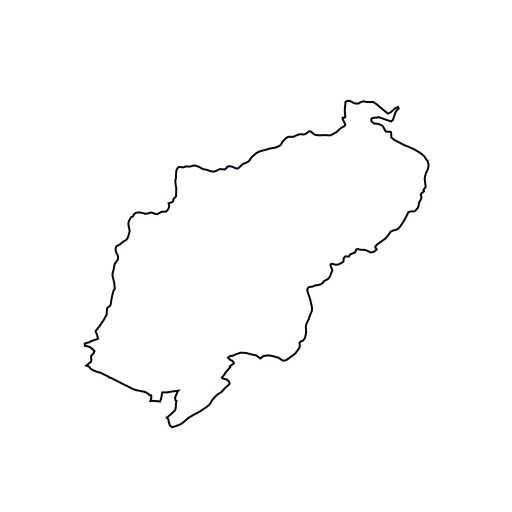 Turnu Ruieni, Caras-Severin, Romania (Albers equal-area conic projection), rotated 291°
{"feature_id": "2599482B88059248818528", "entity_name": "Turnu Ruieni", "entity_type": "district", "adm_level": 2, "iso_a3": "ROU", "parent_name": "Romania", "parent_adm1": "Caras-Severin", "projection": "albers", "projection_center": [22.358, 45.376], "detail": "fine", "context": "isolated", "style": "outline", "palette": "ink", "viewbox_px": 512, "rotation_deg": 291, "n_neighbors": 0, "source": "geoboundaries", "source_scale": "gbopen_adm2", "svg_char_len": 6039}
<svg xmlns="http://www.w3.org/2000/svg" viewBox="0 0 512 512"><g transform="rotate(291 256 256)"><path d="M407.1,380.3L409.4,377.4L411.1,372.3L412.2,365.7L412.6,359.7L412.7,353.7L413.2,350.6L413.8,344.0L415.1,339.9L419.1,338.2L419.7,337.8L420.2,337.2L419.4,335.0L418.8,332.7L419.5,331.5L422.5,328.1L423.1,326.1L423.1,322.5L422.0,319.1L422.8,316.0L423.7,315.1L425.1,314.6L426.5,315.3L427.7,317.3L428.6,319.5L429.6,320.6L430.0,333.9L432.1,335.1L439.7,334.7L442.5,335.2L444.7,336.4L446.0,335.1L443.5,332.8L438.3,330.2L436.2,328.2L438.4,321.3L440.9,314.3L441.8,309.9L440.8,307.8L439.9,305.6L439.3,303.4L439.0,301.0L438.2,299.9L437.2,298.8L436.2,297.8L435.0,297.0L433.8,293.3L434.4,288.2L433.6,285.7L431.9,284.4L425.0,286.3L423.5,286.8L417.9,289.5L416.9,289.1L416.0,287.3L414.9,287.9L414.0,288.7L411.4,291.6L410.2,292.4L408.5,291.8L407.1,290.3L405.4,289.1L404.4,288.6L402.3,287.7L400.6,286.8L395.5,282.5L394.8,281.0L394.1,278.5L393.2,276.1L392.4,274.2L391.5,272.4L390.5,268.7L390.3,267.2L391.2,264.5L391.9,261.7L391.3,260.8L389.9,259.9L388.4,259.1L386.6,257.2L386.0,255.0L385.2,252.9L383.0,250.4L380.7,248.2L378.7,243.2L376.4,241.6L372.4,239.9L368.4,239.2L367.0,238.2L364.1,235.2L360.9,229.8L358.4,226.8L356.3,223.7L354.3,221.3L352.0,219.3L346.8,216.6L342.1,215.4L340.1,213.9L336.8,210.5L332.5,208.5L331.5,207.8L330.8,206.9L330.7,206.1L330.6,204.7L330.9,202.1L330.2,198.6L328.9,197.2L327.4,196.9L325.6,195.8L324.1,190.9L320.7,187.8L319.7,186.5L319.2,184.8L318.8,182.7L318.9,180.9L318.8,179.1L318.2,176.2L318.3,173.9L318.7,171.2L318.8,170.2L318.7,168.2L318.5,166.1L317.3,164.2L315.9,162.5L314.5,158.5L312.7,156.3L312.1,154.4L311.7,152.4L310.2,151.3L307.5,151.0L303.7,152.0L299.9,153.4L297.6,153.6L294.1,155.2L290.8,157.2L283.0,160.0L281.7,159.5L280.5,158.8L279.5,158.5L278.0,159.0L276.3,158.5L273.9,155.5L272.9,156.4L272.3,156.7L271.0,157.2L269.7,157.4L267.7,157.1L266.5,156.7L265.0,155.8L263.8,152.6L261.9,150.7L259.9,149.0L259.3,148.0L259.0,142.4L257.2,140.1L256.4,138.8L255.7,137.5L255.6,135.6L255.3,133.8L255.0,132.0L254.4,130.2L252.9,128.1L251.3,127.1L249.4,127.1L249.2,127.0L248.2,126.3L247.3,125.4L244.8,125.0L243.1,124.9L240.6,125.2L237.3,127.0L234.2,129.1L228.8,129.7L226.2,129.6L225.0,129.3L224.3,128.9L223.6,128.5L222.4,127.3L218.3,124.9L216.7,123.7L215.3,122.3L214.5,122.2L213.7,122.2L212.3,122.4L211.4,122.8L209.4,124.1L208.4,125.0L207.5,126.0L206.7,127.0L204.4,128.1L202.4,128.2L198.4,127.0L195.7,127.2L193.2,127.8L187.9,128.4L185.2,129.7L180.5,133.1L174.8,135.9L173.0,135.5L170.4,135.6L163.3,136.6L160.6,137.4L157.7,137.7L156.5,137.3L154.7,135.8L153.1,135.9L147.6,137.6L143.9,137.0L143.0,137.0L141.6,136.7L140.0,136.3L139.1,136.3L137.8,135.8L136.0,135.4L135.1,135.4L133.7,134.8L128.2,133.1L125.6,135.8L124.7,136.3L122.2,138.2L121.1,137.1L119.9,135.4L117.0,132.2L115.8,131.4L112.9,127.4L110.8,128.6L111.3,130.7L111.4,132.9L111.3,134.1L110.8,136.0L110.4,136.2L110.4,136.4L110.6,136.8L110.1,137.5L109.4,139.2L109.1,139.0L107.5,139.4L104.1,138.0L102.5,138.2L100.3,139.5L98.7,139.9L97.7,139.6L92.8,136.8L92.9,138.2L92.8,139.9L92.7,140.3L91.8,141.4L91.6,141.8L91.1,143.7L91.1,144.4L90.9,145.4L90.9,148.2L91.0,150.1L91.0,151.6L91.1,151.8L91.4,151.9L91.3,153.1L91.1,154.6L90.9,156.9L90.7,159.0L90.5,162.0L90.4,162.3L90.0,162.4L89.9,162.6L90.2,164.2L90.2,165.5L90.0,166.0L89.7,169.4L89.5,170.5L89.2,174.2L88.5,180.2L88.5,182.5L88.2,183.9L88.1,185.8L87.8,186.8L87.7,187.7L87.7,191.9L87.9,191.9L88.2,194.4L88.6,196.5L88.8,198.4L89.3,200.5L89.0,201.2L89.0,201.5L89.3,202.1L89.1,202.9L89.0,203.6L88.8,204.3L88.4,205.8L88.0,206.2L88.1,207.0L88.4,208.1L87.8,208.4L85.9,209.1L84.1,209.4L82.8,209.4L83.1,210.0L83.8,211.6L84.4,213.8L85.2,216.3L85.5,217.3L85.6,218.5L88.5,218.6L91.9,218.0L95.0,217.3L96.8,221.8L100.0,227.3L102.3,231.7L101.8,231.5L101.3,231.4L94.8,231.2L94.3,231.4L92.7,232.3L92.4,232.6L92.3,233.2L92.2,233.7L91.9,233.7L88.3,234.5L87.8,234.6L87.0,235.1L84.4,235.7L82.9,235.6L82.2,235.4L79.4,234.1L76.9,232.8L76.4,232.4L73.8,231.2L73.2,230.6L73.0,230.9L72.1,232.7L71.8,232.9L69.9,234.0L67.7,235.7L67.0,236.4L66.9,236.9L66.8,237.1L66.5,238.0L66.0,238.9L67.6,241.0L69.2,243.0L71.0,244.9L72.9,246.7L76.2,248.6L80.3,250.7L85.3,254.6L90.1,258.8L97.0,263.8L101.2,266.1L103.1,266.3L105.0,266.6L106.9,267.1L108.7,267.8L113.3,269.9L116.0,272.1L117.3,272.8L119.7,273.6L122.0,274.6L124.3,275.8L126.5,277.0L127.7,277.0L129.1,275.8L130.2,273.2L129.7,268.7L130.4,267.7L133.5,268.8L136.8,269.5L143.0,271.8L143.4,271.1L144.5,271.6L148.0,273.9L149.2,272.4L149.8,271.0L149.7,269.6L151.0,266.3L153.6,267.8L154.3,269.8L157.2,272.6L160.3,276.5L161.9,281.3L162.4,286.5L163.2,291.3L163.2,292.2L161.9,296.8L165.1,298.7L165.7,299.5L168.0,304.0L168.7,309.0L169.1,314.0L168.4,316.4L168.0,318.8L168.3,319.5L169.1,320.8L169.6,321.4L170.9,322.5L172.5,323.5L173.6,324.0L176.0,325.8L179.4,327.7L185.5,329.4L187.3,329.3L190.5,327.7L192.1,328.3L193.7,330.0L195.3,330.7L197.0,331.1L200.6,330.6L204.1,329.7L207.4,328.0L209.7,327.4L213.1,327.5L216.2,327.9L220.0,327.7L225.3,327.8L228.2,326.6L234.2,322.6L237.2,320.3L241.3,316.8L243.4,315.8L245.7,316.3L246.8,318.0L247.7,319.8L249.3,321.3L252.5,326.4L254.9,327.9L256.9,328.5L260.1,331.3L261.6,332.0L263.7,332.4L270.4,332.3L272.2,330.3L274.3,328.7L275.6,328.9L276.1,330.5L276.4,333.7L277.7,336.1L281.4,339.3L282.3,339.6L285.2,338.7L287.3,339.3L288.0,340.4L288.7,342.9L290.9,343.3L291.8,343.9L294.7,347.1L297.7,347.3L298.8,347.8L299.5,352.3L300.3,354.1L300.7,355.9L300.8,357.1L300.4,361.9L301.7,363.9L302.3,364.6L302.7,364.9L303.7,365.5L305.4,366.3L306.1,365.5L306.3,365.1L306.5,364.5L307.5,363.9L310.2,365.0L314.4,367.7L318.5,370.5L322.7,372.0L327.1,373.0L329.0,375.0L330.6,377.3L332.2,378.8L335.1,380.0L340.7,381.3L346.2,382.1L349.0,382.3L351.7,382.7L352.9,384.2L354.0,387.0L355.1,388.3L358.6,389.8L360.9,389.8L364.6,389.1L366.5,389.5L367.5,389.6L369.8,389.5L370.8,389.1L371.7,388.3L372.1,387.8L373.9,388.1L376.5,389.7L377.6,388.6L380.9,389.6L382.2,389.2L388.3,385.9L391.0,385.3L394.5,385.0L398.3,385.3L401.0,385.0L402.3,384.6L403.6,384.1L406.5,381.9L407.1,380.3Z" fill="none" stroke="#020617" stroke-width="2"/></g></svg>